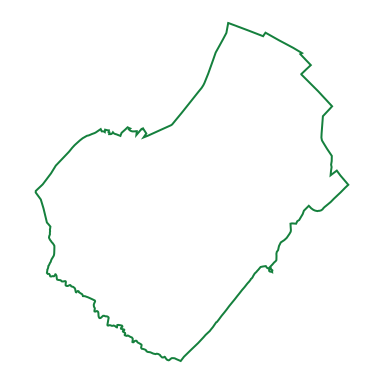 outline of Burla, Suceava, Romania
{"feature_id": "2599482B88852638453630", "entity_name": "Burla", "entity_type": "district", "adm_level": 2, "iso_a3": "ROU", "parent_name": "Romania", "parent_adm1": "Suceava", "projection": "orthographic", "projection_center": [25.922, 47.785], "detail": "fine", "context": "isolated", "style": "outline", "palette": "green", "viewbox_px": 384, "rotation_deg": 0, "n_neighbors": 0, "source": "geoboundaries", "source_scale": "gbopen_adm2", "svg_char_len": 5783}
<svg xmlns="http://www.w3.org/2000/svg" viewBox="0 0 384 384"><path d="M210.0,330.7L211.0,329.4L212.9,327.1L214.4,324.9L214.6,324.6L216.2,322.3L216.9,322.0L218.8,319.6L220.2,317.7L221.6,315.8L223.0,314.1L224.4,312.4L226.6,309.6L229.2,306.1L231.8,302.9L234.6,299.5L237.4,295.9L239.5,293.3L241.9,290.2L244.5,287.2L247.0,284.0L248.1,282.7L248.8,282.0L249.3,281.4L249.9,280.6L250.4,280.0L250.9,279.0L251.7,278.4L252.5,277.4L252.7,277.0L253.0,276.4L253.4,275.6L254.2,274.4L254.5,273.8L254.7,273.5L255.8,272.5L256.6,271.7L257.3,270.8L257.8,270.3L258.7,269.3L259.5,268.3L260.2,267.5L260.6,267.0L262.9,266.5L265.8,266.1L266.8,267.6L267.5,268.1L268.2,268.4L268.8,268.7L269.4,269.1L269.5,269.5L269.1,270.2L269.3,271.1L270.2,271.7L270.8,271.6L271.3,271.7L272.1,272.1L272.0,271.3L272.4,270.7L272.3,270.2L271.5,269.6L270.9,268.8L270.7,267.8L269.8,267.2L272.5,264.4L274.0,262.6L274.9,261.8L275.6,261.2L276.3,260.3L276.4,259.6L276.5,255.9L276.4,253.8L276.8,251.9L278.1,250.1L278.5,248.2L279.0,246.0L280.8,242.4L284.3,240.1L286.7,237.9L289.4,234.0L290.7,231.7L290.9,230.1L290.7,227.4L290.5,223.7L291.9,223.4L293.6,223.5L296.1,223.7L297.3,221.2L299.2,220.0L300.9,217.1L302.7,214.1L303.9,210.7L308.8,205.8L310.0,207.0L311.2,208.3L312.2,209.0L313.3,209.8L314.4,210.3L315.1,210.6L316.5,210.9L317.5,211.1L318.7,210.8L319.5,210.8L321.0,210.4L322.5,209.4L323.3,208.3L324.6,207.0L326.1,205.8L330.8,201.9L333.8,198.8L337.5,195.3L340.6,192.4L345.1,187.8L348.3,184.8L340.4,175.5L336.8,170.6L330.6,175.3L331.0,171.0L331.6,167.1L331.1,164.7L331.7,161.1L331.8,155.9L330.4,153.8L327.1,148.9L324.4,144.5L322.4,141.2L321.9,140.2L321.4,137.6L321.6,133.4L322.9,116.2L330.3,108.3L332.1,106.3L322.0,95.4L318.3,91.4L306.4,79.5L303.3,76.4L301.3,74.4L301.3,74.1L306.1,69.5L310.8,65.1L306.0,60.1L300.3,54.1L300.9,53.7L302.0,53.1L293.3,47.9L279.2,40.4L265.5,32.7L264.3,34.4L263.1,36.2L248.9,30.7L242.5,28.3L233.7,25.0L228.6,23.1L228.2,23.0L226.6,31.7L226.4,32.9L223.0,39.3L218.1,48.2L215.7,52.5L213.2,59.7L208.2,73.7L204.4,83.1L203.4,85.1L201.7,87.8L198.2,92.1L190.1,102.3L181.9,112.6L175.3,120.6L172.2,124.4L171.1,125.2L161.1,129.7L147.9,135.7L143.6,137.4L146.3,133.5L143.0,128.4L142.0,129.3L141.5,129.0L136.4,135.0L136.8,131.2L136.1,131.2L134.4,131.4L132.5,131.4L131.6,131.2L130.8,130.9L129.8,130.3L128.9,129.4L130.1,128.5L129.3,128.2L128.6,127.8L127.6,127.3L125.1,129.7L121.6,132.8L120.6,135.3L120.4,135.9L117.8,134.9L116.6,134.4L114.9,133.9L113.6,133.2L113.2,132.7L112.9,132.3L112.5,132.9L112.0,133.5L111.5,133.9L110.7,134.1L109.2,134.1L109.5,132.5L108.6,132.3L108.7,131.8L108.9,130.4L106.9,130.2L106.1,129.9L105.1,129.7L104.8,132.1L103.9,131.5L102.8,131.3L101.7,131.3L100.7,129.1L95.7,132.5L94.5,133.1L92.0,134.0L89.0,135.3L88.3,135.5L86.9,135.8L84.3,137.3L82.7,138.2L79.9,140.4L76.0,143.9L74.5,145.3L72.2,147.8L69.3,151.4L68.3,152.5L60.0,161.2L55.8,165.6L51.0,173.4L48.5,176.7L42.7,184.4L35.8,190.9L35.7,192.5L40.8,199.5L43.5,208.4L46.9,222.5L48.6,224.4L50.4,226.6L50.1,228.8L49.9,229.4L50.1,231.2L49.9,232.1L49.9,233.9L49.9,234.6L49.4,235.6L49.0,237.3L49.1,238.0L49.6,239.0L50.2,240.1L51.1,241.2L51.4,241.7L51.8,242.3L52.9,243.4L54.3,245.6L54.4,246.9L54.3,250.8L54.2,253.4L54.0,254.9L53.7,255.8L53.1,256.8L51.6,259.3L51.2,260.2L50.9,261.2L50.8,261.6L50.7,261.9L50.2,262.6L49.8,263.3L49.4,264.3L48.7,265.7L48.4,265.9L48.3,266.4L48.2,267.5L47.7,269.0L47.3,269.7L47.3,270.7L47.2,271.1L47.1,271.6L47.1,272.0L46.9,272.9L47.5,273.6L47.7,273.9L48.3,273.9L48.9,273.9L49.2,274.0L49.7,274.7L50.0,275.8L50.4,276.4L51.1,276.5L51.7,276.4L52.4,276.2L52.9,276.1L53.6,276.3L54.1,276.2L54.6,275.6L55.1,274.8L55.4,274.3L55.7,274.4L56.0,274.9L56.5,275.8L56.6,276.7L56.8,278.5L57.1,279.5L57.8,279.8L58.7,280.0L60.4,280.2L61.1,280.6L61.6,281.3L62.9,281.5L63.6,281.4L65.1,281.1L65.7,281.4L65.8,281.7L65.9,282.1L65.7,283.4L65.6,285.1L65.8,285.5L66.5,285.9L67.5,286.0L68.5,285.7L69.6,285.1L70.3,285.1L70.6,285.4L71.4,286.4L72.1,286.6L73.2,286.9L74.6,288.0L75.1,288.9L75.7,291.7L75.9,292.2L76.3,292.3L76.6,291.8L77.1,291.5L77.6,291.1L78.5,291.2L78.8,291.5L78.9,292.2L79.7,292.7L80.0,292.9L82.2,294.3L82.7,295.3L82.9,296.1L84.9,296.2L88.0,297.3L90.0,298.2L92.6,299.4L94.8,300.5L95.1,301.2L95.0,301.7L94.4,302.9L93.8,304.5L93.8,305.7L94.0,306.7L94.8,308.2L94.8,308.9L94.6,309.7L94.4,311.0L94.5,311.4L95.1,311.6L95.8,311.5L96.6,311.1L97.4,311.2L98.1,311.9L98.4,313.1L98.5,315.4L98.7,316.7L99.3,317.9L99.7,318.1L100.6,318.0L101.3,317.4L102.3,316.5L103.1,315.8L104.2,315.8L105.2,316.2L105.9,316.4L106.7,316.3L107.6,316.6L108.4,317.2L108.7,318.0L108.5,318.5L108.2,320.2L107.4,324.9L107.6,325.4L108.1,325.6L108.7,325.4L109.6,325.2L110.5,325.3L111.7,325.8L112.9,325.8L113.7,325.5L114.9,326.0L115.9,326.8L116.6,327.3L117.0,327.3L117.1,326.3L117.4,325.0L118.3,324.9L120.6,325.3L121.9,325.6L122.4,326.3L122.3,326.8L121.7,327.3L120.9,328.2L121.1,328.8L122.8,329.2L124.0,329.5L124.3,329.9L124.1,330.4L122.9,331.1L122.9,331.5L123.2,331.8L124.0,332.3L125.0,332.9L125.2,333.6L125.2,334.2L124.7,334.7L124.7,335.1L124.9,335.3L125.9,335.7L126.7,335.9L127.2,335.8L127.7,335.5L128.4,335.7L128.9,336.0L130.0,336.7L131.9,337.5L132.7,338.6L132.7,339.9L132.4,342.0L132.7,342.2L133.2,342.3L133.7,342.1L134.4,341.2L135.4,340.8L136.1,340.7L136.9,341.2L137.1,341.7L137.5,342.3L138.1,342.7L139.3,343.3L141.3,344.5L141.6,345.0L141.5,345.8L141.1,347.5L141.4,348.3L141.9,348.8L142.9,348.9L144.5,349.4L145.6,349.9L146.2,350.5L146.5,351.3L148.0,352.0L149.2,352.1L150.4,352.3L153.3,353.6L155.6,354.1L156.8,353.7L158.2,354.0L159.9,354.9L160.4,355.8L162.1,357.4L162.8,357.5L163.5,357.4L164.5,356.8L165.2,357.2L165.7,358.3L167.1,359.8L168.5,360.3L169.3,360.1L170.5,359.0L171.6,358.2L172.9,358.1L174.7,358.3L176.5,359.2L180.7,361.0L184.0,356.7L187.8,353.0L191.7,349.2L198.2,343.0L203.6,337.2L205.6,334.9L209.9,330.9L210.0,330.7Z" fill="none" stroke="#15803d" stroke-width="2"/></svg>